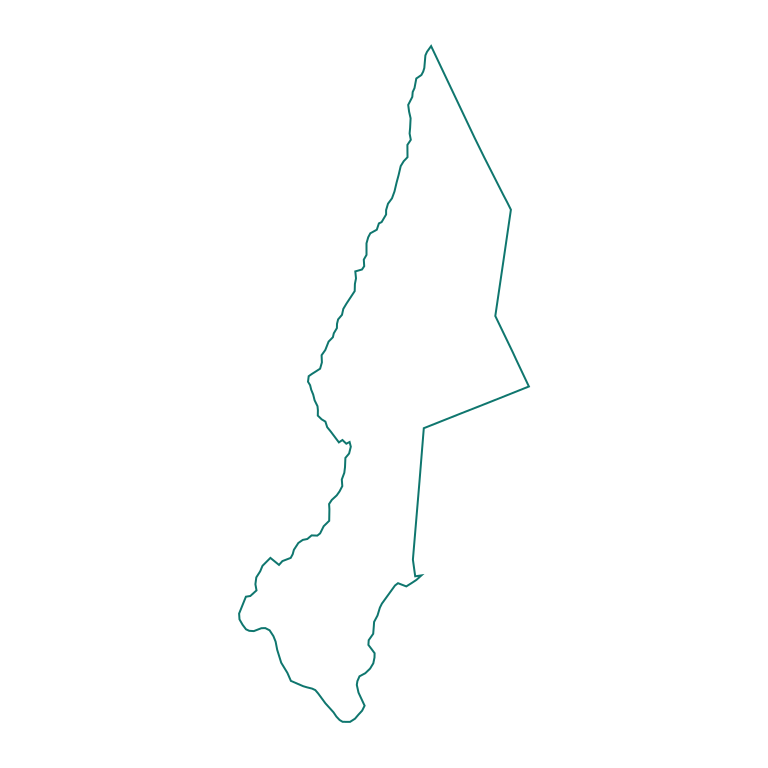 Iati, Pernambuco, Brazil (Equal Earth projection)
{"feature_id": "56859067B84679855202351", "entity_name": "Iati", "entity_type": "district", "adm_level": 2, "iso_a3": "BRA", "parent_name": "Brazil", "parent_adm1": "Pernambuco", "projection": "equal_earth", "projection_center": [-36.941, -9.136], "detail": "fine", "context": "isolated", "style": "outline", "palette": "teal", "viewbox_px": 768, "rotation_deg": 0, "n_neighbors": 0, "source": "geoboundaries", "source_scale": "gbopen_adm2", "svg_char_len": 2241}
<svg xmlns="http://www.w3.org/2000/svg" viewBox="0 0 768 768"><path d="M239.5,619.4L242.6,624.8L246.0,629.3L249.2,630.8L253.8,631.1L261.4,628.2L265.3,628.1L269.6,630.3L273.4,636.1L275.6,641.6L277.2,649.8L281.2,662.7L287.4,672.9L290.9,680.9L303.2,686.2L306.9,687.3L312.1,688.6L315.3,690.1L318.2,693.5L325.4,703.3L333.5,712.3L336.4,716.6L339.6,720.0L342.6,721.8L350.0,721.9L355.0,718.7L358.4,714.7L362.1,710.7L364.6,705.7L358.5,692.6L356.8,684.9L357.4,681.1L359.5,676.3L365.3,673.2L370.1,668.6L373.3,663.3L374.5,657.5L374.6,653.2L371.5,649.0L368.4,644.9L368.7,640.2L373.2,633.8L373.8,626.4L374.1,621.9L377.5,615.5L379.9,607.6L381.9,603.6L395.0,585.5L398.0,583.2L406.3,586.4L411.4,583.2L416.4,579.9L421.4,575.4L415.2,576.3L412.9,559.6L419.5,481.3L423.8,428.2L461.3,413.3L488.0,402.8L528.9,386.5L516.4,360.1L512.8,352.3L495.3,316.0L503.7,259.0L510.9,209.7L507.2,202.3L503.2,194.7L484.1,157.1L474.6,137.8L431.1,46.1L427.0,51.8L425.4,55.4L424.3,68.0L423.2,71.6L421.4,75.0L416.3,78.5L414.5,88.1L412.7,92.0L412.3,96.9L408.2,104.9L409.1,111.7L410.6,118.3L410.1,128.0L409.6,133.5L410.8,139.8L407.4,144.9L407.5,157.2L403.7,161.2L400.7,166.1L398.6,175.1L396.6,182.5L394.5,191.4L392.0,198.3L388.0,203.7L386.1,210.1L386.1,214.5L381.6,222.1L378.9,223.4L376.8,229.7L370.3,233.3L368.2,237.3L366.5,243.3L366.5,254.9L363.8,259.6L364.2,266.2L362.0,269.5L355.3,271.4L356.0,278.4L354.9,284.0L354.7,291.1L346.4,303.7L343.3,308.9L342.0,314.8L338.1,319.4L337.0,323.9L336.9,328.1L333.8,333.3L332.9,337.2L328.6,341.6L325.3,350.0L321.6,355.2L321.9,362.4L320.1,368.7L315.6,371.6L311.8,374.0L308.7,376.2L308.0,381.7L310.1,385.2L311.2,389.7L313.2,394.6L314.6,400.3L317.5,406.2L317.9,410.2L317.8,415.6L321.6,419.3L325.4,421.6L327.2,427.2L330.7,431.5L338.9,442.4L342.4,440.0L346.3,443.7L349.6,442.0L350.8,446.7L349.1,453.5L345.4,457.9L345.0,467.2L344.3,472.8L341.8,479.5L342.3,486.1L339.6,491.3L336.7,495.4L331.8,499.9L329.1,504.0L329.4,509.2L329.2,520.8L323.7,526.2L320.1,533.4L317.3,535.6L311.6,535.4L307.3,539.0L302.8,539.9L298.4,542.9L293.9,549.8L292.7,554.2L290.7,557.9L282.4,561.1L279.0,564.9L270.4,557.9L262.5,565.8L260.2,571.3L256.3,577.4L255.4,584.2L256.5,590.4L250.3,596.0L245.9,596.7L239.1,613.6L239.5,619.4Z" fill="none" stroke="#0f766e" stroke-width="2"/></svg>